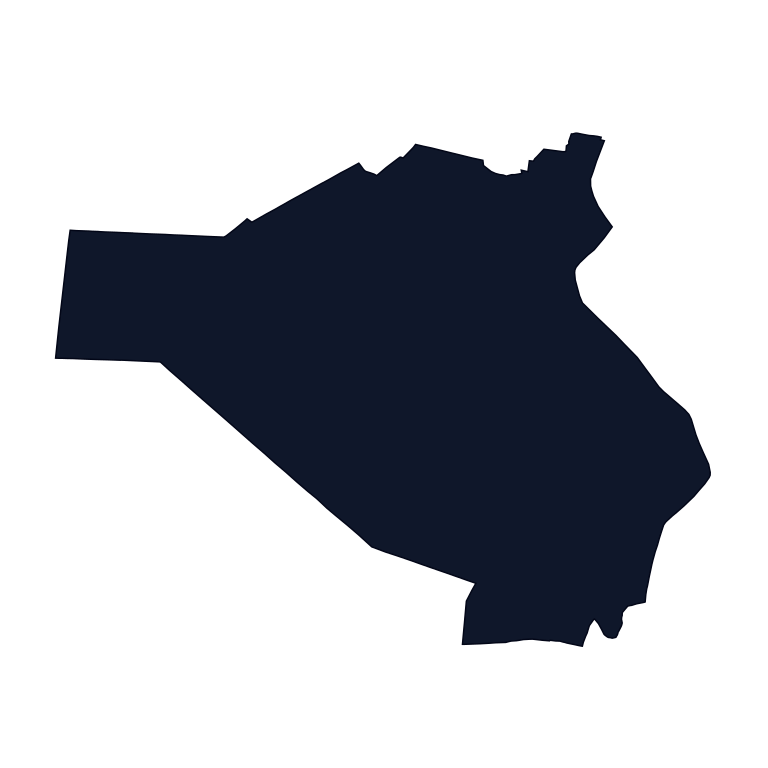 outline of Cai Be, Tiền Giang, Vietnam, rotated 272°
{"feature_id": "81297802B56348725354679", "entity_name": "Cai Be", "entity_type": "district", "adm_level": 2, "iso_a3": "VNM", "parent_name": "Vietnam", "parent_adm1": "Tiền Giang", "projection": "natural_earth1", "projection_center": [105.923, 10.405], "detail": "fine", "context": "isolated", "style": "filled", "palette": "ink", "viewbox_px": 768, "rotation_deg": 272, "n_neighbors": 0, "source": "geoboundaries", "source_scale": "gbopen_adm2", "svg_char_len": 4290}
<svg xmlns="http://www.w3.org/2000/svg" viewBox="0 0 768 768"><g transform="rotate(272 384 384)"><path d="M549.0,606.6L558.7,599.0L569.2,591.6L569.5,591.5L578.9,586.8L584.1,585.0L589.0,583.6L596.7,583.2L597.0,583.5L603.6,585.6L613.8,588.5L634.8,595.7L635.6,591.8L638.2,592.4L638.9,588.8L639.3,585.0L639.5,580.3L640.5,573.7L641.1,570.2L641.3,569.1L641.4,567.7L641.3,566.5L640.8,564.8L640.5,563.9L640.5,562.8L640.4,562.5L632.9,560.2L630.2,560.4L628.4,558.0L623.8,557.8L622.6,557.4L622.4,554.7L624.2,535.6L617.4,529.7L616.6,529.0L614.3,526.8L611.9,525.6L612.1,522.6L612.2,521.5L601.2,520.4L602.5,513.7L599.2,514.4L597.8,507.6L597.6,504.1L597.4,503.4L596.0,499.1L597.0,495.8L597.3,492.3L598.3,488.0L600.1,483.6L605.8,475.8L611.0,475.0L612.9,464.3L616.5,447.1L617.1,444.1L621.5,423.3L623.0,414.7L623.1,414.3L623.7,411.2L624.5,407.2L621.5,405.1L619.0,402.9L610.5,395.2L611.1,393.5L611.3,392.2L610.6,391.2L600.4,378.7L592.0,369.5L593.4,366.7L594.6,362.8L595.7,358.7L596.3,357.5L597.7,356.0L601.7,352.9L603.8,351.1L596.7,339.1L593.5,333.4L588.2,324.8L585.6,320.5L582.1,314.4L567.3,289.5L564.2,284.3L555.3,269.8L555.1,269.6L554.6,268.7L550.1,261.0L542.2,248.2L541.1,246.3L544.3,241.4L542.1,239.2L534.0,230.1L526.5,221.1L525.2,218.9L525.2,216.2L525.3,200.2L525.4,193.2L525.4,192.2L525.5,182.6L525.6,176.2L525.6,168.2L525.8,160.2L525.8,152.2L525.8,144.2L525.9,135.9L526.0,128.2L526.1,127.7L526.1,119.5L526.2,111.2L526.2,106.4L526.2,102.8L526.2,99.2L526.3,94.5L526.4,93.3L526.4,86.5L526.5,83.6L526.5,77.7L526.5,71.3L526.7,65.0L517.0,64.0L507.3,63.2L430.2,57.1L418.8,56.3L398.4,54.9L398.4,59.3L398.5,60.7L398.5,66.5L398.6,72.3L398.5,83.2L398.5,88.8L398.5,93.6L398.5,95.1L398.6,107.0L398.6,113.3L398.6,118.0L398.6,119.7L398.7,121.0L398.3,158.9L398.1,159.9L390.0,169.4L380.5,181.1L371.4,192.1L361.6,204.1L354.4,213.0L345.8,223.6L337.6,233.6L328.9,244.2L320.1,254.9L310.7,266.6L301.5,277.6L292.4,289.1L283.0,300.4L273.9,311.8L267.4,320.4L265.7,322.4L264.5,323.8L257.8,331.4L250.6,340.6L241.6,352.3L232.5,363.7L220.8,377.5L216.1,391.6L212.9,402.7L209.2,414.9L204.9,428.5L202.0,437.8L198.6,448.9L193.8,464.3L190.7,474.1L188.4,481.7L188.0,482.8L187.7,482.6L180.9,479.1L169.9,473.9L147.4,472.7L144.2,472.5L137.1,472.1L126.6,471.5L126.6,472.6L127.8,489.3L128.5,497.0L129.3,504.6L130.0,514.7L130.5,516.3L131.4,519.4L131.6,520.5L132.1,525.4L132.5,527.6L133.5,532.4L133.8,535.8L134.1,539.1L134.2,541.4L134.0,544.2L133.4,551.8L133.1,558.4L133.7,558.9L133.2,564.6L133.2,566.1L133.2,568.7L133.1,569.0L133.0,569.6L132.5,571.4L132.1,573.6L132.0,574.1L131.6,575.4L130.9,579.4L130.2,583.6L129.5,587.3L129.0,590.3L128.9,591.4L129.9,591.6L132.8,592.2L138.9,594.3L142.3,595.7L145.5,596.5L149.2,597.5L150.3,598.0L152.8,599.7L155.9,601.7L156.4,602.3L156.5,602.5L156.3,602.8L155.9,603.2L154.6,604.4L153.1,605.7L152.0,606.7L146.4,610.0L141.8,612.5L141.5,612.7L141.1,613.1L140.4,614.0L138.9,616.2L138.6,617.1L138.4,617.8L138.5,618.7L138.3,619.4L138.1,620.2L138.0,621.1L138.3,622.4L138.8,624.2L139.0,624.6L139.4,624.9L140.6,625.4L141.3,625.9L142.0,626.1L142.9,626.4L143.7,626.4L145.6,627.4L147.7,628.4L148.6,628.8L149.0,629.0L149.4,629.2L150.9,629.8L152.5,630.2L152.9,630.3L153.5,630.3L154.0,630.3L154.7,630.1L156.1,629.8L156.7,629.6L157.1,629.6L157.8,629.6L158.7,629.6L159.3,629.7L159.8,629.8L160.9,630.1L161.5,630.1L162.2,630.1L162.9,630.1L163.8,630.2L164.2,630.4L164.4,630.5L166.3,632.0L168.5,633.7L168.8,634.0L169.0,634.2L170.2,635.0L170.3,635.1L170.6,635.6L171.2,637.7L171.3,638.6L171.7,640.0L172.5,642.2L173.2,644.3L173.8,646.9L174.4,649.5L174.9,651.5L175.0,651.8L175.3,652.6L182.8,653.0L188.5,653.7L191.1,654.3L194.9,654.9L200.8,655.8L206.9,656.9L213.2,658.0L218.0,659.0L220.0,659.5L225.9,660.9L232.5,662.9L239.2,664.5L245.7,666.3L251.2,667.9L252.2,668.2L252.9,668.4L255.7,670.2L257.3,671.7L262.3,676.8L266.1,681.1L272.6,688.0L282.5,697.6L288.1,702.0L295.4,708.0L301.7,712.1L304.2,713.1L307.1,713.1L310.0,712.4L315.1,711.2L326.3,705.6L335.6,701.1L338.7,699.8L344.1,697.5L359.5,692.3L364.3,689.7L366.8,687.2L368.5,685.6L373.7,679.2L386.1,663.7L390.7,658.8L401.4,650.4L408.4,644.8L419.3,636.2L432.6,622.3L440.5,614.2L457.6,595.0L471.9,579.5L478.9,576.3L494.6,571.5L501.9,570.6L504.6,570.8L507.3,571.8L512.0,575.3L520.0,583.1L525.4,589.3L537.8,599.0L549.0,606.6Z" fill="#0f172a" stroke="#020617" stroke-width="1.5"/></g></svg>